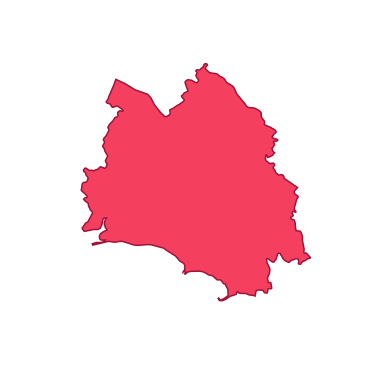 SVG path tracing the border of Zaporizhzhya, rotated 42°
{"feature_id": "UKR-331", "entity_name": "Zaporizhzhya", "entity_type": "Region", "adm_level": 1, "iso_a3": "UKR", "parent_name": "Ukraine", "parent_adm1": "", "projection": "equal_earth", "projection_center": [35.703, 47.193], "detail": "fine", "context": "isolated", "style": "filled", "palette": "rose", "viewbox_px": 384, "rotation_deg": 42, "n_neighbors": 0, "source": "natural_earth", "source_scale": "10m", "svg_char_len": 6038}
<svg xmlns="http://www.w3.org/2000/svg" viewBox="0 0 384 384"><g transform="rotate(42 192 192)"><path d="M208.7,252.6L197.2,258.4L194.6,260.4L187.5,267.8L184.6,270.1L174.2,274.8L172.5,275.9L171.1,277.3L168.5,280.7L167.1,281.8L164.0,283.8L162.7,284.9L153.8,297.9L152.5,297.2L154.8,293.5L158.0,290.5L159.3,288.7L159.7,285.8L156.6,288.5L154.9,288.6L152.7,286.9L151.9,284.4L152.5,281.4L154.3,277.1L153.6,276.7L151.3,276.4L148.1,274.2L147.0,272.7L146.1,270.6L145.8,268.5L143.9,270.7L144.5,273.0L146.1,275.1L147.0,276.7L147.2,278.2L147.7,279.0L148.0,280.0L147.6,281.8L146.9,283.0L143.9,285.8L138.4,293.3L135.2,292.8L134.4,292.1L134.3,289.6L133.8,287.3L133.8,286.0L134.5,284.2L134.4,283.1L132.3,274.9L131.8,274.0L131.2,273.5L128.7,273.4L127.8,273.1L126.4,272.3L125.7,272.2L124.5,271.6L122.5,269.9L117.9,270.2L116.3,269.9L116.3,268.1L116.4,267.8L117.3,266.9L117.4,266.5L117.4,265.8L116.7,265.2L112.5,264.9L109.5,265.0L108.3,264.6L107.5,263.1L105.4,260.1L104.8,258.7L105.0,257.5L106.6,255.6L106.8,254.8L106.6,253.6L105.7,251.5L104.8,250.7L102.7,250.5L101.4,250.0L100.0,249.0L99.4,248.9L98.1,249.1L97.2,248.8L96.8,248.5L96.5,246.8L96.5,246.0L96.7,245.7L97.7,245.1L101.4,244.7L102.7,243.1L104.5,242.1L105.0,241.5L105.7,239.7L106.7,238.3L106.9,235.3L107.1,234.5L107.8,234.1L111.3,232.8L111.5,232.3L111.5,231.4L111.0,229.6L110.4,228.3L109.7,227.8L107.7,227.4L106.7,226.6L106.5,226.2L105.6,222.6L105.0,221.5L100.3,220.1L97.7,218.5L95.6,218.1L95.0,217.8L94.6,217.1L94.1,214.4L93.6,213.4L91.3,212.6L90.8,211.9L90.6,211.1L90.5,207.3L89.1,201.9L88.8,201.5L88.4,201.2L86.4,200.4L86.0,199.6L85.5,197.2L85.4,195.1L85.7,192.4L85.0,188.9L85.0,188.1L85.3,187.4L85.9,186.7L86.1,185.4L85.8,184.6L83.9,183.2L83.5,182.3L83.7,180.9L84.0,180.0L84.5,179.5L86.1,178.8L86.5,178.1L86.3,177.8L85.4,177.3L79.5,177.9L78.7,178.2L78.4,178.4L77.8,180.1L77.0,181.0L76.7,181.9L76.0,182.3L75.1,182.3L72.9,181.5L71.7,181.6L69.6,182.7L68.6,182.7L68.0,182.5L67.7,181.7L67.6,180.0L67.4,179.1L66.5,177.2L62.2,164.5L60.0,159.2L70.1,156.2L81.2,154.2L93.3,149.2L94.2,149.1L98.6,149.6L106.0,152.4L115.0,153.9L120.8,154.2L121.8,153.8L122.3,153.3L123.0,152.1L123.5,149.7L123.5,148.8L123.2,148.2L122.7,147.6L120.7,146.2L120.6,145.5L122.0,142.2L123.3,136.9L124.0,135.2L125.0,130.0L124.9,129.1L124.2,128.7L120.5,128.1L119.9,127.6L120.2,125.3L119.9,123.8L120.3,122.5L121.3,120.8L121.4,120.0L121.2,119.6L120.7,119.2L114.0,115.6L113.4,115.1L113.1,114.4L113.1,113.6L113.3,112.5L113.6,111.7L114.1,111.1L117.0,109.2L120.8,108.4L121.8,108.0L122.5,107.1L122.6,106.2L122.4,105.0L121.9,104.4L118.3,103.5L117.1,102.9L116.5,101.9L116.3,100.5L116.1,100.0L115.8,99.8L114.0,99.6L113.8,99.4L113.7,98.5L113.9,97.8L115.5,96.8L116.0,96.1L116.2,93.4L116.6,92.1L115.6,89.1L115.7,88.6L116.1,87.6L117.0,87.0L118.0,87.0L118.6,87.4L118.6,89.0L118.9,90.6L119.2,91.3L119.5,91.5L125.0,91.6L127.2,90.4L130.1,88.3L132.4,87.3L134.1,87.5L135.6,87.3L137.0,86.6L140.2,86.3L141.2,86.4L143.6,87.3L144.3,87.4L151.3,86.1L153.9,86.6L159.6,89.1L173.2,91.2L174.8,91.8L176.2,91.7L177.5,91.2L178.4,90.8L180.4,89.0L182.6,87.7L186.2,86.8L188.7,86.5L189.7,86.6L190.6,87.0L193.0,89.5L193.7,90.0L198.4,90.9L199.1,91.4L200.4,93.2L202.1,93.2L206.8,91.5L212.0,90.4L213.9,90.7L214.4,91.3L214.5,91.7L214.1,94.5L214.6,95.9L214.6,97.1L214.8,97.5L215.2,97.7L216.7,97.7L219.9,95.9L220.9,95.9L221.2,96.5L221.1,97.0L220.7,97.7L219.0,99.5L218.9,100.2L219.5,100.6L221.1,100.9L221.7,101.5L222.2,104.2L222.1,105.8L222.2,106.2L223.4,106.6L224.0,107.2L224.7,107.6L227.3,107.6L227.0,109.4L227.4,110.8L225.7,114.9L225.2,115.4L224.7,115.6L224.3,115.5L223.3,114.7L222.7,114.6L222.4,114.8L222.3,115.2L222.4,116.0L223.6,117.0L224.0,118.0L225.2,118.6L225.7,119.1L226.4,119.2L230.4,118.8L231.1,118.7L232.2,117.0L232.9,116.3L234.0,116.0L234.8,116.1L235.3,116.6L235.9,119.7L236.7,120.0L239.1,120.3L240.4,121.3L242.1,121.6L244.9,121.4L245.5,121.1L246.5,119.7L247.4,119.0L248.6,118.6L249.9,119.0L250.7,119.8L251.3,120.2L267.4,118.1L267.5,122.8L268.1,124.1L270.0,124.6L273.3,124.2L273.8,124.2L274.1,124.5L274.3,124.8L274.6,127.2L274.9,127.9L277.3,132.5L278.6,135.3L279.6,136.4L282.4,137.1L282.6,137.4L282.5,137.7L280.7,138.4L280.1,139.1L280.2,140.1L280.7,141.0L282.6,141.5L282.9,141.7L283.0,142.1L282.5,144.2L282.6,145.0L282.9,145.4L283.3,145.5L284.2,145.4L286.9,144.4L289.4,146.0L292.8,149.3L295.3,151.1L298.5,148.8L299.7,148.9L303.5,150.9L304.2,151.5L306.5,154.1L313.4,159.3L315.4,161.9L316.0,162.3L316.5,162.4L316.8,162.2L317.3,161.2L318.0,160.9L323.9,161.5L324.0,161.8L324.0,162.2L322.4,164.8L322.2,165.6L322.1,167.0L321.3,168.6L320.8,169.9L320.7,170.8L321.0,172.7L321.0,173.1L320.8,173.3L319.1,174.2L317.9,172.4L317.0,171.6L315.8,171.1L314.8,171.3L314.1,171.7L313.6,172.3L312.7,174.5L311.5,176.4L311.3,177.2L311.4,178.4L311.2,179.3L310.6,179.8L307.4,180.7L305.5,180.8L303.9,180.6L302.9,180.3L301.9,179.6L300.2,179.4L299.3,178.8L298.5,178.8L297.8,179.2L297.2,180.0L297.3,181.2L299.3,185.2L299.8,188.8L299.5,189.6L298.9,190.1L298.1,190.3L293.0,190.7L292.3,191.3L292.5,192.0L293.1,192.6L295.2,194.4L299.8,196.3L301.7,197.4L303.5,199.9L304.2,201.2L305.3,204.6L306.0,205.8L309.4,208.2L309.7,208.1L310.7,206.8L311.3,206.7L315.5,210.0L315.7,210.5L315.6,210.9L314.4,211.9L313.3,213.2L315.2,216.0L315.3,216.6L315.2,217.1L313.2,218.3L312.3,218.2L311.0,217.6L310.1,217.8L306.8,220.5L306.0,221.5L305.9,222.1L306.0,222.9L308.5,227.2L307.7,227.3L306.8,227.8L303.9,229.9L302.9,230.4L299.9,231.4L295.3,235.4L292.4,235.8L293.2,238.5L292.0,241.0L290.3,243.6L289.5,246.4L288.8,249.4L287.2,252.5L285.1,254.3L282.8,253.8L282.8,252.9L283.5,252.9L285.3,253.6L286.9,250.5L287.9,246.4L288.0,244.4L287.2,243.9L284.0,240.5L282.7,239.9L279.8,239.0L278.5,238.1L277.1,238.9L275.5,238.9L273.1,238.1L271.6,238.5L269.9,240.2L269.2,240.5L263.4,240.5L259.8,242.5L255.4,243.3L252.5,244.5L250.0,246.3L244.1,251.9L242.4,254.4L241.9,257.7L241.2,257.7L241.2,256.1L240.9,255.7L239.2,256.4L239.0,257.4L238.5,256.3L238.8,255.8L238.9,254.6L237.6,253.8L236.4,251.9L235.8,251.5L234.0,250.7L232.4,250.8L229.2,251.5L222.8,250.6L210.8,252.6L208.7,252.6Z" fill="#f43f5e" stroke="#9f1239" stroke-width="1.5"/></g></svg>